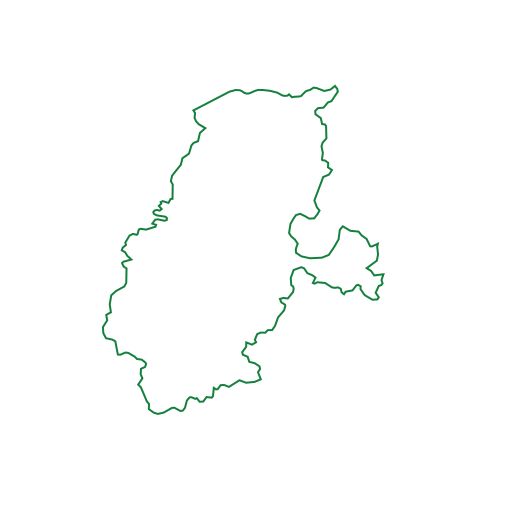 map outline of North Yorkshire (Mercator projection), rotated 300°
{"feature_id": "GBR-2140", "entity_name": "North Yorkshire", "entity_type": "Administrative County", "adm_level": 1, "iso_a3": "GBR", "parent_name": "United Kingdom", "parent_adm1": "", "projection": "mercator", "projection_center": [-1.361, 54.089], "detail": "fine", "context": "isolated", "style": "outline", "palette": "green", "viewbox_px": 512, "rotation_deg": 300, "n_neighbors": 0, "source": "natural_earth", "source_scale": "10m", "svg_char_len": 3558}
<svg xmlns="http://www.w3.org/2000/svg" viewBox="0 0 512 512"><g transform="rotate(300 256 256)"><path d="M350.8,129.0L385.1,150.9L389.6,155.4L391.5,159.2L391.7,161.7L391.4,163.8L391.9,166.6L393.5,168.9L398.8,172.8L401.1,175.1L403.4,179.4L406.2,185.9L408.1,192.8L408.2,198.3L408.7,200.1L409.6,201.8L410.8,203.2L412.5,203.8L411.8,206.6L411.4,207.7L412.7,209.1L415.7,213.6L416.9,215.0L423.4,216.7L425.0,217.9L426.9,219.8L430.6,221.7L431.7,224.4L432.9,231.7L433.2,232.8L437.4,237.3L442.8,239.4L442.7,239.6L441.3,242.9L439.2,244.7L427.8,243.9L425.0,241.5L418.2,240.3L415.2,235.9L411.3,234.7L408.5,236.6L407.8,243.2L403.3,247.3L404.4,249.8L403.6,251.7L393.0,258.2L387.5,257.0L383.9,257.8L378.6,262.4L372.7,264.8L372.1,265.6L373.2,267.9L372.8,272.0L368.8,274.0L368.4,278.8L363.0,278.5L358.0,274.7L333.3,278.8L328.7,284.3L327.1,288.3L323.0,288.3L317.7,287.6L315.0,283.4L315.0,278.5L314.6,273.2L311.5,270.2L307.9,269.8L301.0,269.8L296.1,271.7L292.4,273.2L290.6,276.6L289.7,281.5L287.5,286.0L284.6,286.4L281.5,287.2L278.8,289.1L278.4,295.5L281.0,303.8L287.5,313.9L293.3,318.5L302.8,319.2L311.7,319.2L320.6,315.5L325.1,316.3L325.0,325.1L328.4,332.6L326.6,337.4L326.1,343.2L321.5,350.0L322.2,351.6L327.5,355.4L324.8,356.2L318.4,360.9L312.4,363.0L300.8,357.9L300.6,363.2L298.3,368.1L303.9,375.5L297.9,376.7L295.6,379.3L293.5,379.1L291.5,377.3L284.0,378.0L281.6,383.0L279.1,382.8L276.4,378.8L276.4,371.4L276.7,369.1L279.6,363.0L282.1,361.8L282.1,358.8L280.7,357.6L274.5,356.8L269.9,351.5L266.9,351.3L267.4,348.2L270.0,345.8L269.8,342.7L267.7,340.0L266.8,337.3L267.2,329.4L263.9,322.2L261.4,320.6L261.0,318.8L267.1,318.3L267.5,314.1L266.8,309.1L269.4,303.7L268.9,300.8L262.7,295.6L254.3,297.1L248.4,301.1L248.2,303.2L246.9,304.8L243.4,306.1L235.1,304.8L233.4,300.7L230.8,298.2L228.5,301.1L228.4,305.4L227.5,306.3L223.0,307.5L213.8,305.8L205.1,307.4L199.9,307.0L197.6,303.2L194.3,302.5L192.0,298.3L188.9,296.1L182.9,296.9L181.3,299.2L177.2,296.8L176.3,290.8L172.4,292.9L165.8,292.1L163.9,294.1L164.6,299.1L161.0,303.1L162.5,308.5L162.2,314.1L160.3,316.0L156.4,315.8L151.6,321.8L146.3,317.8L141.3,310.8L140.1,303.8L129.1,298.0L128.4,293.0L126.5,290.0L121.5,289.4L120.5,288.1L120.7,285.4L113.2,288.8L111.2,288.5L109.1,283.7L103.6,283.1L101.6,280.1L103.3,275.8L101.9,274.8L101.4,270.7L100.4,269.2L96.3,268.4L89.0,270.4L85.5,269.9L84.0,268.0L83.8,261.3L82.5,259.2L74.3,254.4L70.2,250.0L69.2,246.0L69.8,239.8L74.4,237.3L75.5,234.2L84.8,221.9L85.7,218.3L93.2,218.8L96.0,215.2L100.8,212.8L104.5,215.4L107.6,214.8L108.5,213.3L109.1,208.8L107.3,204.4L108.2,201.4L108.2,193.7L107.1,191.2L102.6,187.8L101.6,185.6L111.8,176.8L111.8,173.5L109.8,167.2L112.8,162.4L117.9,159.0L125.9,159.3L130.0,155.8L132.1,156.9L134.7,158.5L141.0,153.5L149.6,150.3L155.7,152.3L163.8,157.2L167.8,157.1L180.5,150.1L180.7,146.6L182.9,143.5L184.7,144.0L190.6,149.8L191.8,144.4L193.8,140.9L193.8,136.9L196.7,136.4L200.5,137.9L202.3,136.1L207.4,136.2L210.5,136.3L213.6,138.4L214.7,142.1L215.6,142.5L220.3,141.3L221.8,142.4L223.9,147.6L231.1,154.3L233.0,153.9L232.2,150.0L237.0,150.5L238.7,152.7L240.7,159.0L242.5,160.7L244.3,159.9L244.8,158.1L241.5,149.5L241.5,146.4L242.7,145.1L244.7,145.4L246.4,147.3L247.1,149.9L249.5,150.8L250.8,146.8L254.0,147.8L255.0,146.5L256.9,147.8L258.2,153.6L262.7,153.6L263.8,155.1L275.8,148.4L276.2,148.2L278.3,144.8L283.6,143.2L287.2,143.7L297.5,145.3L303.9,143.4L311.1,146.8L319.5,144.8L322.8,145.4L326.4,148.4L334.6,145.9L341.4,148.2L341.5,140.4L342.8,136.5L345.1,133.6L349.3,131.8L350.7,129.2L350.8,129.0L350.8,129.0Z" fill="none" stroke="#15803d" stroke-width="2"/></g></svg>